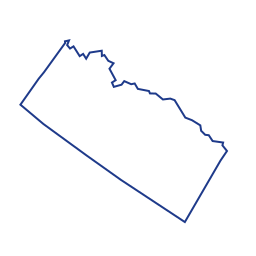 outline of Grimes, Texas, United States of America, rotated 130°
{"feature_id": "52423323B77575058684255", "entity_name": "Grimes", "entity_type": "district", "adm_level": 2, "iso_a3": "USA", "parent_name": "United States of America", "parent_adm1": "Texas", "projection": "natural_earth1", "projection_center": [-96.09, 30.545], "detail": "fine", "context": "isolated", "style": "outline", "palette": "blue", "viewbox_px": 256, "rotation_deg": 130, "n_neighbors": 0, "source": "geoboundaries", "source_scale": "gbopen_adm2", "svg_char_len": 721}
<svg xmlns="http://www.w3.org/2000/svg" viewBox="0 0 256 256"><g transform="rotate(130 128 128)"><path d="M82.0,37.4L80.6,44.5L78.0,45.8L83.6,54.8L81.6,61.5L83.6,64.5L83.1,70.2L79.5,74.3L80.9,84.0L83.2,90.8L76.7,110.2L78.3,114.5L83.7,119.6L83.8,128.9L87.4,133.4L86.2,135.7L91.7,145.6L89.6,151.5L92.4,153.7L94.5,161.0L99.0,160.8L105.6,165.3L103.5,169.5L99.3,168.2L94.5,180.3L87.7,180.7L89.2,186.3L87.3,193.0L89.6,194.3L85.7,197.8L94.8,205.8L101.8,204.6L100.1,210.0L104.0,211.2L100.5,222.2L104.4,223.5L103.6,227.9L98.8,229.5L102.1,232.0L103.2,230.8L139.4,228.2L147.5,228.1L179.3,225.4L179.3,202.9L179.3,195.3L175.7,142.5L172.3,100.1L163.5,24.0L93.5,36.2L82.0,37.4Z" fill="none" stroke="#1e3a8a" stroke-width="2"/></g></svg>